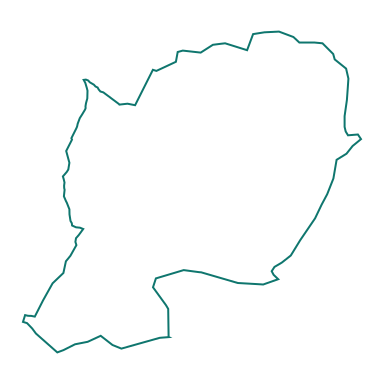 the district of Isi-Uzo, Enugu, Nigeria
{"feature_id": "59680162B86026568122675", "entity_name": "Isi-Uzo", "entity_type": "district", "adm_level": 2, "iso_a3": "NGA", "parent_name": "Nigeria", "parent_adm1": "Enugu", "projection": "mercator", "projection_center": [7.695, 6.727], "detail": "fine", "context": "isolated", "style": "outline", "palette": "teal", "viewbox_px": 384, "rotation_deg": 0, "n_neighbors": 0, "source": "geoboundaries", "source_scale": "gbopen_adm2", "svg_char_len": 1653}
<svg xmlns="http://www.w3.org/2000/svg" viewBox="0 0 384 384"><path d="M72.0,139.6L66.2,151.0L69.4,162.8L68.3,169.5L66.8,171.9L62.9,176.4L63.7,179.1L64.5,182.5L64.1,185.7L64.2,188.1L64.6,189.8L63.9,196.3L66.0,201.2L66.8,202.7L69.4,209.3L69.5,214.4L70.5,220.9L71.8,223.2L72.1,225.5L76.0,227.3L80.0,227.7L83.2,229.0L78.8,235.0L76.0,238.2L75.4,241.9L76.4,245.1L70.4,255.8L65.9,261.3L63.4,273.0L52.6,283.3L43.1,300.3L34.8,316.6L31.3,315.9L28.0,315.8L25.1,315.1L23.0,321.9L27.0,323.1L32.2,328.5L35.9,333.5L57.3,352.4L63.5,350.1L75.0,344.3L87.7,341.8L100.7,335.8L112.5,345.0L121.4,348.6L159.8,337.8L168.8,337.1L168.6,337.0L168.2,308.9L166.0,305.2L153.0,287.3L155.9,278.4L165.3,275.6L183.7,270.1L199.4,272.2L201.1,272.3L237.8,283.0L260.3,284.3L263.2,284.5L278.2,279.2L273.6,274.8L271.7,271.2L274.5,266.9L281.8,262.6L290.8,255.5L300.2,240.2L315.1,218.3L321.6,204.7L327.2,194.2L333.4,178.5L336.6,159.8L346.5,153.7L352.6,146.0L361.0,139.1L357.9,134.5L348.0,135.3L345.7,131.5L344.6,126.9L344.6,116.1L346.9,100.0L347.3,94.5L347.8,87.5L348.4,78.6L346.1,68.6L340.9,64.4L334.7,59.4L333.2,54.0L322.5,43.3L314.1,42.5L299.3,42.5L293.4,37.0L279.0,31.6L264.5,32.3L253.1,34.1L247.1,50.2L237.9,47.3L225.1,43.3L219.9,43.9L212.9,44.8L200.7,52.6L182.8,50.6L177.7,52.0L175.9,61.8L156.4,70.9L152.9,69.8L135.1,105.2L127.5,103.7L119.4,104.6L118.9,104.0L105.1,93.7L103.4,92.4L100.4,91.5L98.7,89.5L97.6,87.5L95.5,86.5L93.9,84.7L89.8,82.3L88.2,80.5L85.9,79.6L83.7,79.9L85.3,82.9L86.8,87.9L87.5,90.7L87.3,98.4L86.0,103.2L85.5,106.3L85.6,108.1L85.1,109.5L82.1,114.5L79.8,118.1L77.7,123.7L77.1,126.5L76.4,128.2L71.4,138.2L72.0,139.6Z" fill="none" stroke="#0f766e" stroke-width="2"/></svg>